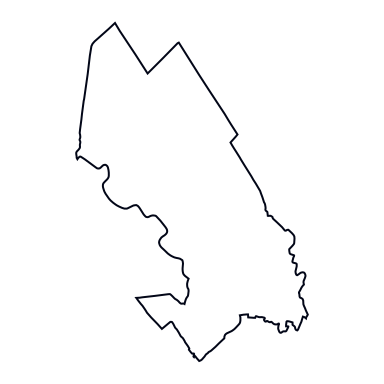 Thu Thua, Long An, Vietnam
{"feature_id": "81297802B60662496728573", "entity_name": "Thu Thua", "entity_type": "district", "adm_level": 2, "iso_a3": "VNM", "parent_name": "Vietnam", "parent_adm1": "Long An", "projection": "equal_earth", "projection_center": [106.358, 10.661], "detail": "fine", "context": "isolated", "style": "outline", "palette": "ink", "viewbox_px": 384, "rotation_deg": 0, "n_neighbors": 0, "source": "geoboundaries", "source_scale": "gbopen_adm2", "svg_char_len": 6033}
<svg xmlns="http://www.w3.org/2000/svg" viewBox="0 0 384 384"><path d="M178.8,42.6L177.6,43.2L162.8,58.3L147.6,73.5L135.6,54.8L119.8,31.0L115.0,23.0L108.8,28.8L94.6,41.4L92.6,43.7L91.4,46.2L90.8,49.9L89.9,55.4L87.7,74.0L84.1,99.2L83.7,100.9L82.0,113.8L81.4,119.5L80.1,129.2L79.8,131.9L79.7,132.8L79.7,133.2L80.1,134.8L80.2,135.7L80.3,136.9L80.2,137.8L79.6,139.5L79.6,140.0L79.7,140.3L80.2,141.3L80.3,141.9L80.3,142.7L79.9,144.6L79.9,145.5L79.9,145.8L80.0,146.8L79.9,147.6L79.7,148.1L78.8,149.4L77.9,150.4L76.8,151.5L76.3,152.5L76.2,153.2L76.3,154.5L76.6,156.3L76.7,157.9L77.4,159.2L78.3,157.9L79.3,157.0L79.7,156.7L79.9,156.7L80.6,156.6L82.2,157.6L84.8,159.3L95.5,167.2L96.9,168.2L97.4,168.4L98.5,168.5L98.9,168.5L99.7,168.3L100.8,167.5L102.1,166.2L103.3,165.2L104.2,164.9L105.2,164.8L105.7,164.9L106.5,165.4L107.3,166.2L107.9,167.4L108.5,170.1L108.8,172.7L108.8,175.8L108.6,176.9L108.4,177.5L108.0,178.2L107.3,179.2L105.1,181.4L103.7,182.9L103.1,184.0L102.9,185.0L102.9,186.5L103.1,187.6L103.7,189.6L104.4,191.6L105.6,193.8L109.0,198.7L110.6,200.5L113.1,202.7L115.4,204.4L116.9,205.4L119.2,206.6L122.1,207.9L124.4,208.6L126.9,208.6L127.9,208.2L133.4,205.5L135.1,205.2L136.3,205.1L136.7,205.3L137.8,205.9L138.9,207.1L139.9,208.5L143.7,214.5L145.4,216.4L146.1,216.9L147.0,217.1L148.0,217.1L149.1,216.7L150.2,216.1L151.3,215.7L152.9,215.4L153.9,215.5L154.9,215.6L155.8,215.9L156.3,216.3L160.4,220.7L164.5,225.9L165.3,226.9L166.5,228.7L167.0,229.9L167.2,231.1L167.1,232.0L166.9,232.6L166.4,233.5L165.7,234.3L164.3,235.5L163.5,235.9L161.4,237.5L159.9,239.6L159.3,241.0L159.1,242.1L159.1,242.9L159.7,244.9L160.5,246.3L161.5,247.5L164.1,249.9L167.7,253.4L169.0,254.4L170.4,255.4L172.2,256.4L174.4,257.4L176.3,257.9L178.4,258.3L179.9,258.7L181.4,259.6L182.3,260.2L182.6,261.0L182.8,262.0L183.0,263.6L182.6,268.2L182.6,269.9L182.8,271.8L183.2,273.5L183.7,274.5L185.0,275.9L188.6,278.7L187.9,280.5L187.5,281.9L187.2,283.3L187.1,284.0L187.2,286.2L187.4,287.1L187.6,287.8L188.4,289.2L188.5,289.8L188.6,291.0L188.4,292.8L188.1,295.1L187.9,295.8L187.7,296.3L187.0,297.2L186.3,298.3L185.8,299.4L185.1,301.6L184.5,304.0L183.6,303.5L182.9,303.5L181.9,303.7L181.0,303.6L180.6,303.4L179.5,302.5L178.6,301.4L177.7,300.6L176.7,299.8L175.2,299.0L174.2,298.1L172.3,296.1L170.7,294.6L169.9,294.1L168.2,294.2L154.8,295.9L142.3,297.3L139.6,297.7L136.3,297.9L138.3,300.7L140.9,304.0L142.5,305.8L144.9,309.3L146.3,311.5L146.9,312.6L151.1,317.4L157.6,324.1L161.9,328.9L168.0,323.8L170.2,322.0L170.9,321.8L171.4,321.9L172.1,322.1L173.4,324.1L175.1,327.6L175.7,328.3L176.8,329.4L178.8,332.6L180.5,335.8L180.9,336.4L182.4,337.7L183.0,338.3L184.6,341.0L185.1,342.2L187.9,346.1L189.3,348.5L188.9,349.7L190.9,352.3L192.0,353.5L192.3,353.7L192.8,353.6L193.2,353.5L193.7,353.5L193.9,353.6L194.1,354.0L194.1,354.7L193.6,355.9L193.6,356.2L193.5,356.6L193.8,356.9L194.0,357.1L194.4,356.2L194.7,356.0L194.9,356.0L195.2,356.2L195.6,356.7L196.5,357.9L197.9,359.5L199.2,361.0L200.7,360.4L201.6,359.8L202.4,359.0L202.9,358.4L204.5,356.6L205.3,355.4L206.0,354.4L207.4,353.4L208.0,352.9L208.5,352.2L209.3,351.7L210.2,351.3L211.2,350.6L215.5,346.8L218.9,343.4L224.3,338.3L224.4,336.7L224.6,336.0L225.1,334.8L225.9,334.0L226.9,333.3L231.6,331.1L232.8,330.3L234.4,329.1L236.0,327.5L238.7,324.6L239.6,323.5L240.1,322.3L240.4,320.5L240.4,318.9L240.4,317.5L239.9,315.3L243.4,314.7L247.1,314.4L248.0,314.4L248.2,317.4L253.8,317.8L255.2,317.8L255.5,316.9L255.7,316.5L256.0,316.2L256.6,316.3L258.5,317.0L259.7,317.2L261.9,317.1L263.5,317.5L264.1,317.6L264.6,317.9L264.8,318.2L264.7,318.7L264.0,319.8L264.1,320.1L264.6,320.9L265.0,321.4L265.5,321.6L265.9,321.6L266.9,321.0L267.6,321.1L267.9,321.4L268.8,321.9L269.7,322.2L270.2,322.2L270.8,321.9L271.5,321.9L272.0,322.3L273.2,323.5L274.3,324.2L275.3,324.4L276.4,324.4L277.5,324.3L278.3,323.6L278.8,323.6L279.0,323.9L279.0,324.4L278.6,325.1L278.4,326.2L278.2,327.8L278.2,328.8L278.7,330.3L279.3,331.8L280.2,332.7L280.8,332.8L281.4,332.6L282.6,331.7L283.0,331.5L283.9,331.3L285.2,331.4L285.8,331.3L286.4,330.8L288.1,327.4L288.3,326.5L287.9,326.3L286.1,326.3L286.1,324.8L286.5,321.7L286.8,321.3L287.3,321.2L287.9,321.2L289.5,321.5L291.5,322.1L292.5,322.4L292.6,323.0L292.5,324.5L292.6,324.9L294.2,326.1L294.7,326.6L295.0,327.2L295.2,328.3L295.5,329.2L295.9,329.8L296.6,330.2L297.3,330.4L297.7,330.0L298.1,329.4L298.9,327.5L300.4,323.9L301.4,321.7L302.0,319.5L302.6,317.6L302.9,316.6L303.9,316.9L304.8,317.4L306.0,318.4L306.2,317.3L307.3,315.6L307.8,314.6L305.9,310.5L305.2,308.6L303.9,305.7L303.4,304.3L303.2,300.5L303.0,300.0L302.8,299.4L302.4,298.8L301.3,298.1L300.5,297.8L300.0,297.5L299.8,297.1L299.6,296.6L299.3,293.8L299.1,293.5L299.0,292.7L299.0,292.3L300.2,290.2L301.6,287.4L302.9,285.6L303.9,284.6L303.5,282.4L303.6,281.1L304.9,278.0L305.3,276.7L305.5,276.0L305.4,275.1L305.1,274.1L304.4,272.9L304.0,272.6L303.4,272.4L302.3,272.3L300.6,272.8L298.9,274.1L297.4,275.1L297.1,275.2L296.5,274.9L296.2,274.5L295.7,273.2L295.6,272.5L295.5,271.3L296.3,268.0L296.7,266.3L296.7,265.5L296.7,264.1L296.5,263.8L296.0,263.4L295.0,263.1L293.3,262.7L292.8,262.4L292.5,262.0L292.4,261.6L292.5,260.9L293.2,258.2L293.5,257.2L294.0,256.3L294.1,255.7L294.1,255.4L293.8,255.2L290.7,254.2L290.3,253.9L289.9,253.6L289.7,253.2L289.6,252.8L289.3,250.9L289.2,249.5L289.3,249.1L291.7,246.6L292.7,245.5L293.9,244.0L294.2,243.1L294.5,238.6L294.4,237.2L294.3,236.4L293.5,234.9L291.9,233.1L288.4,229.8L287.7,229.8L286.9,230.0L285.8,230.7L285.5,230.7L284.8,230.5L282.1,227.2L276.0,221.4L273.9,219.5L272.9,218.5L272.4,216.9L271.5,216.3L270.6,215.8L269.5,215.8L268.5,215.9L267.8,215.8L267.7,214.9L267.4,212.2L267.2,211.7L266.5,211.3L265.7,210.5L265.5,210.1L265.4,209.5L265.5,208.7L265.6,208.3L265.5,207.0L265.2,205.2L265.0,204.2L264.6,203.2L264.0,202.2L263.5,200.6L262.4,197.2L261.0,193.5L260.1,190.9L255.8,183.6L253.4,179.9L251.3,176.2L244.4,165.2L240.9,159.5L239.9,157.7L236.0,151.5L234.2,148.7L232.1,145.3L230.5,142.5L235.7,136.7L237.5,134.5L231.4,125.0L228.1,119.7L224.7,114.0L208.9,90.0L199.3,75.2L178.8,42.6Z" fill="none" stroke="#020617" stroke-width="2"/></svg>